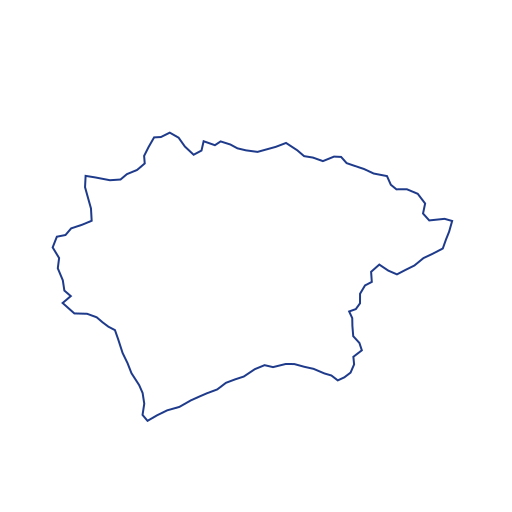 outline of Santópolis do Aguapeí, São Paulo, Brazil, rotated 167°
{"feature_id": "56859067B88002854016883", "entity_name": "Santópolis do Aguapeí", "entity_type": "district", "adm_level": 2, "iso_a3": "BRA", "parent_name": "Brazil", "parent_adm1": "São Paulo", "projection": "mercator", "projection_center": [-50.521, -21.661], "detail": "fine", "context": "isolated", "style": "outline", "palette": "blue", "viewbox_px": 512, "rotation_deg": 167, "n_neighbors": 0, "source": "geoboundaries", "source_scale": "gbopen_adm2", "svg_char_len": 1618}
<svg xmlns="http://www.w3.org/2000/svg" viewBox="0 0 512 512"><g transform="rotate(167 256 256)"><path d="M429.9,324.5L436.9,319.3L445.7,319.6L452.2,310.1L448.3,298.3L451.9,288.6L449.7,275.8L450.5,265.4L445.5,258.6L455.0,253.7L445.9,240.9L433.6,237.7L425.0,232.1L420.5,226.0L415.7,220.3L410.1,215.5L409.0,205.5L407.8,191.5L405.3,180.6L403.7,169.8L398.9,156.5L397.3,148.0L398.1,137.2L402.3,126.7L398.8,119.8L388.0,123.1L377.2,125.6L364.6,126.2L351.9,130.0L342.2,131.9L334.6,133.3L323.8,134.7L313.8,139.2L304.0,140.5L295.0,141.3L282.6,146.0L272.2,147.7L264.4,143.9L251.3,144.1L243.0,142.1L233.9,137.2L225.3,133.1L215.8,126.2L209.4,122.6L204.3,116.4L197.2,117.9L190.1,121.1L184.8,128.3L183.8,135.9L174.1,140.3L174.8,148.0L179.3,156.0L177.8,166.2L176.2,173.8L177.7,181.0L170.7,181.8L165.3,186.5L163.1,195.8L156.4,202.8L149.0,204.7L147.4,214.7L137.8,219.9L130.4,212.0L122.8,206.4L113.5,208.8L103.8,211.1L93.3,216.3L84.0,218.3L72.3,221.3L67.2,229.3L62.4,236.2L57.0,246.0L63.9,249.8L79.2,251.7L83.7,259.8L79.4,269.1L84.4,280.2L94.0,287.1L104.2,289.4L108.6,295.1L110.4,304.4L122.8,309.9L131.1,316.4L140.4,322.1L146.8,326.1L150.8,333.4L157.6,335.3L169.5,333.4L178.4,339.1L186.7,342.5L192.0,349.7L201.3,359.4L212.2,357.9L231.1,357.1L242.0,361.2L249.9,365.1L255.9,370.4L264.7,375.6L271.1,373.2L281.2,379.6L285.4,371.0L294.0,368.7L300.7,378.7L304.8,388.7L312.3,395.6L321.9,393.3L328.6,394.5L336.1,386.4L342.5,378.7L343.6,371.2L352.5,366.6L363.4,364.8L370.8,361.0L381.3,362.7L394.9,368.7L404.0,372.4L407.1,361.5L406.6,350.2L406.1,339.4L408.2,327.3L418.3,325.6L429.9,324.5Z" fill="none" stroke="#1e3a8a" stroke-width="2"/></g></svg>